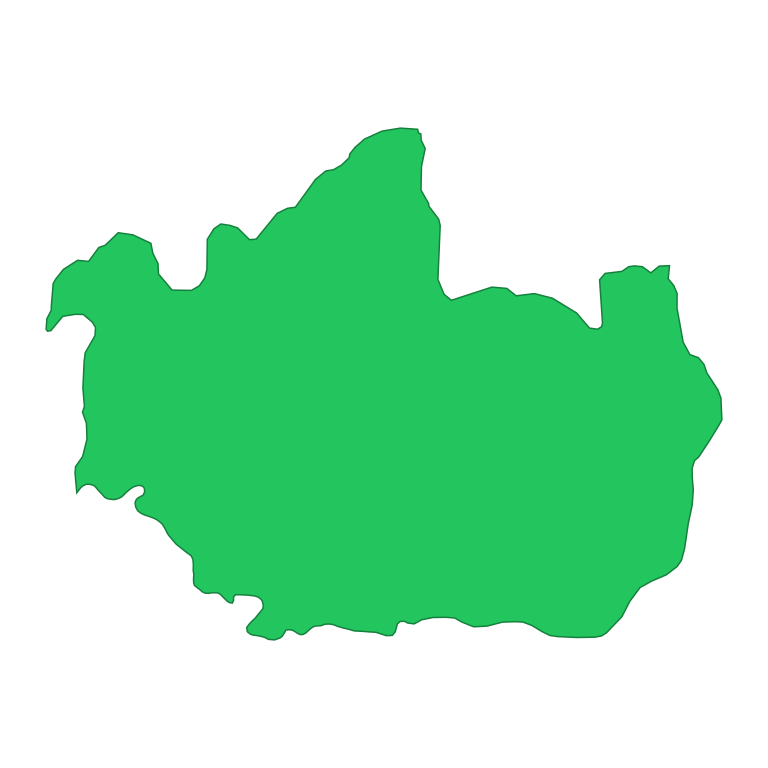 San Manuel Chaparrón, Jalapa, Guatemala
{"feature_id": "79465075B10388039742951", "entity_name": "San Manuel Chaparrón", "entity_type": "district", "adm_level": 2, "iso_a3": "GTM", "parent_name": "Guatemala", "parent_adm1": "Jalapa", "projection": "natural_earth1", "projection_center": [-89.778, 14.534], "detail": "fine", "context": "isolated", "style": "filled", "palette": "green", "viewbox_px": 768, "rotation_deg": 0, "n_neighbors": 0, "source": "geoboundaries", "source_scale": "gbopen_adm2", "svg_char_len": 3431}
<svg xmlns="http://www.w3.org/2000/svg" viewBox="0 0 768 768"><path d="M720.9,398.0L717.8,389.7L706.8,372.9L704.0,364.4L698.4,357.7L689.9,354.6L683.2,342.3L677.0,308.1L677.1,293.5L673.8,285.6L668.2,278.8L669.5,265.7L659.2,266.1L650.8,272.9L642.4,266.7L634.4,265.9L628.7,266.7L621.9,271.4L605.1,273.4L599.6,279.8L602.5,323.1L601.6,326.7L597.6,329.2L589.5,328.1L576.6,313.0L552.4,298.2L534.4,293.6L516.2,295.8L506.8,288.4L491.9,287.1L451.3,300.3L444.0,294.2L437.9,279.4L440.2,225.5L438.7,219.2L428.8,206.1L428.6,203.5L421.0,190.1L421.5,166.4L425.2,148.5L421.2,140.2L420.8,133.8L418.5,133.0L417.7,129.3L400.4,128.1L382.1,131.1L364.6,139.0L355.0,147.4L349.8,154.0L349.2,157.7L341.6,165.0L333.7,169.6L325.8,171.0L315.5,179.4L295.4,207.2L287.5,208.3L277.2,213.3L256.2,239.1L249.5,239.7L237.6,227.9L230.0,225.4L220.9,224.0L214.0,228.7L207.3,239.3L206.9,269.6L204.8,277.9L199.3,285.8L191.4,290.4L172.1,290.1L158.5,274.0L158.0,263.6L152.8,253.1L150.9,243.3L133.0,234.9L118.2,232.7L105.2,245.3L98.8,247.5L88.6,261.4L77.6,260.3L63.4,269.4L55.7,279.1L53.2,283.5L51.3,306.1L51.3,310.1L46.9,318.7L46.1,329.2L47.6,331.2L50.9,330.6L62.8,316.3L75.3,314.3L83.3,314.5L92.4,322.2L95.5,327.5L95.0,335.6L85.2,352.8L84.1,361.8L82.9,388.1L84.4,406.5L82.5,412.2L86.4,423.2L87.0,439.0L82.6,456.6L75.6,466.5L75.0,472.8L76.8,492.8L80.9,487.5L83.3,485.6L86.3,484.3L89.3,484.2L93.5,485.3L95.2,486.6L96.8,488.5L98.5,490.5L100.6,492.8L102.6,494.8L104.7,497.3L107.4,498.7L112.4,499.5L115.0,499.5L118.3,498.5L121.3,497.1L123.0,495.7L126.1,492.5L131.0,488.4L134.1,486.6L137.9,485.5L140.0,485.4L143.0,486.4L144.4,488.4L144.6,492.0L143.1,495.1L137.8,498.0L135.9,500.2L135.1,502.7L135.7,507.0L137.7,510.7L139.5,512.2L141.8,513.7L144.9,515.1L149.3,516.5L153.5,518.1L156.3,519.4L158.6,521.0L160.6,522.6L162.4,524.3L165.0,528.6L166.3,531.1L167.3,533.3L169.3,536.1L176.1,544.1L182.1,548.9L187.2,552.9L191.1,555.7L192.9,559.2L193.3,563.9L193.3,566.5L193.2,570.4L193.8,574.7L193.5,579.3L193.7,583.2L194.6,585.6L199.1,589.1L202.6,592.0L205.3,593.2L208.8,593.3L212.2,592.8L214.5,592.8L217.5,592.9L220.4,594.3L223.6,597.7L227.1,601.1L229.4,602.6L232.3,603.1L233.6,600.2L233.5,596.9L235.6,594.7L238.4,594.7L247.5,595.1L251.0,595.5L254.8,596.0L258.2,597.1L260.8,599.0L262.2,600.9L263.2,604.9L263.0,608.5L255.2,618.1L251.2,621.9L249.2,624.1L246.7,627.6L247.4,631.8L250.3,634.1L252.4,635.0L254.9,635.3L257.5,635.7L261.1,636.4L264.7,637.4L268.5,639.4L274.6,639.9L280.1,637.9L282.2,636.3L284.3,633.0L286.0,630.0L290.1,629.7L293.1,630.5L295.7,632.1L297.7,633.4L300.1,634.6L302.9,634.5L305.8,633.0L308.5,630.5L310.9,628.4L312.8,627.1L315.3,626.0L321.0,625.7L324.6,624.3L326.7,624.1L329.3,624.0L331.8,624.4L333.9,624.8L337.9,626.5L341.2,627.3L343.2,628.0L346.3,628.7L349.3,629.4L351.8,630.2L354.3,630.9L363.3,631.4L368.0,631.8L375.8,632.3L377.9,632.9L382.1,634.3L386.1,635.6L389.1,635.6L392.3,635.4L395.1,632.0L396.0,629.2L397.4,623.8L400.3,621.4L404.8,621.4L407.6,623.0L414.2,623.9L421.6,619.8L432.9,617.5L446.5,617.3L454.9,618.1L461.9,622.1L473.7,626.8L487.0,626.1L502.6,622.1L515.6,621.7L523.0,622.1L532.0,625.5L541.8,631.5L549.9,635.5L557.8,636.6L577.3,637.5L594.8,637.2L601.3,636.0L606.4,632.9L621.9,616.7L629.7,601.5L640.1,587.5L651.5,581.2L666.5,574.7L677.1,566.5L681.4,560.4L684.6,548.5L688.3,523.4L692.2,505.1L693.3,489.7L692.3,478.0L692.1,468.4L694.5,460.7L698.8,456.9L709.4,440.8L719.0,425.1L721.9,419.8L720.9,398.0Z" fill="#22c55e" stroke="#15803d" stroke-width="1.5"/></svg>